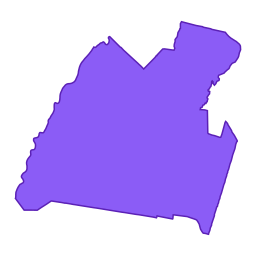 the district of La Gomera, Escuintla, Guatemala
{"feature_id": "79465075B56387033973668", "entity_name": "La Gomera", "entity_type": "district", "adm_level": 2, "iso_a3": "GTM", "parent_name": "Guatemala", "parent_adm1": "Escuintla", "projection": "equal_earth", "projection_center": [-91.137, 14.084], "detail": "fine", "context": "isolated", "style": "filled", "palette": "violet", "viewbox_px": 256, "rotation_deg": 0, "n_neighbors": 0, "source": "geoboundaries", "source_scale": "gbopen_adm2", "svg_char_len": 5378}
<svg xmlns="http://www.w3.org/2000/svg" viewBox="0 0 256 256"><path d="M227.1,34.6L225.3,32.3L211.6,29.3L210.9,28.8L203.3,27.2L202.7,26.7L196.1,25.5L181.5,21.7L180.4,23.7L180.4,28.4L179.9,28.7L179.5,30.0L178.0,32.5L177.3,36.6L175.1,39.5L175.1,41.6L174.3,44.2L174.1,46.3L174.8,48.3L174.0,50.2L164.6,48.9L162.7,49.0L156.9,55.2L156.9,55.6L156.1,55.9L155.1,57.4L143.7,69.0L140.8,66.0L139.8,65.1L139.3,64.7L138.0,63.4L123.7,50.3L121.1,47.5L120.2,47.1L109.7,36.6L109.0,36.8L108.5,37.3L108.4,38.1L108.7,38.6L109.0,39.3L109.2,40.3L109.2,40.8L109.0,41.7L108.9,42.3L108.8,42.7L108.6,43.1L108.3,43.5L107.9,43.9L107.4,44.5L107.0,44.6L106.3,44.6L105.8,44.4L105.4,44.1L105.0,43.4L104.4,42.6L104.1,42.3L103.4,41.9L103.0,42.0L102.7,42.2L102.0,42.7L101.6,42.8L101.1,42.9L100.5,43.1L100.1,43.4L99.7,43.8L99.1,44.4L98.6,44.7L98.2,45.0L97.6,45.4L97.1,45.8L96.8,46.2L96.5,46.5L95.9,47.1L95.3,47.4L94.8,47.4L94.3,47.3L93.9,47.0L93.4,47.8L92.6,48.9L91.6,50.6L88.9,54.1L86.7,56.6L84.8,58.6L83.9,59.8L82.8,61.2L81.7,62.5L80.7,64.2L80.1,65.5L79.5,67.1L79.0,69.1L78.5,71.1L78.3,73.1L77.9,74.7L77.6,75.5L76.2,78.6L75.6,80.0L75.1,80.8L74.4,81.6L73.8,82.1L72.8,82.7L71.5,83.3L70.5,83.5L69.3,83.7L68.5,83.7L67.3,83.9L66.6,84.2L66.0,84.6L65.4,85.0L64.5,86.1L63.3,87.5L62.6,88.5L61.9,90.1L61.7,90.6L61.3,91.4L60.8,92.6L60.4,93.7L60.2,94.7L60.0,96.1L60.0,97.2L59.9,98.7L59.8,99.7L59.7,100.2L59.5,101.1L59.3,101.8L59.0,102.4L58.7,102.8L58.2,103.2L57.5,103.4L57.1,103.4L56.7,103.3L56.0,102.9L55.5,102.7L55.1,102.8L54.7,103.1L54.3,104.1L54.3,104.6L54.2,105.7L54.2,106.8L54.2,107.9L54.3,109.0L54.2,109.9L53.9,110.8L53.2,112.6L52.5,113.8L51.7,115.0L50.9,116.2L50.1,117.9L49.4,118.8L48.7,119.4L48.5,119.9L48.3,120.3L48.2,120.9L48.2,121.4L48.3,122.1L48.3,122.6L47.9,123.9L47.2,125.4L46.6,126.8L46.3,127.6L45.9,128.5L45.5,129.3L44.7,130.5L44.3,131.4L43.9,132.1L43.5,132.5L43.1,132.8L42.6,132.8L42.1,132.8L41.6,132.7L41.0,132.6L40.3,132.5L39.8,132.6L39.4,133.2L39.2,133.6L39.1,134.3L38.9,135.3L38.6,136.2L38.3,136.7L37.9,137.1L37.5,137.4L37.1,137.5L36.7,137.6L36.0,137.8L35.4,137.9L34.9,138.0L34.2,138.2L33.7,138.7L33.6,139.6L33.6,140.4L33.7,140.9L34.2,141.7L34.6,142.4L34.9,143.0L35.2,143.5L35.4,144.1L35.5,145.3L35.5,146.0L35.4,146.9L35.2,148.0L34.9,148.7L34.6,149.1L34.2,149.5L33.5,149.7L32.7,149.8L32.0,149.9L31.5,150.1L31.1,150.4L30.8,150.8L30.6,151.7L30.6,152.6L30.7,153.4L30.8,154.1L30.8,154.6L30.7,155.1L30.4,155.8L30.0,156.3L29.6,156.8L29.1,157.3L28.5,158.1L28.0,158.8L27.6,159.4L27.3,160.1L27.0,160.7L26.8,161.6L26.6,162.2L26.6,162.7L26.6,163.2L26.6,163.7L26.7,164.5L26.8,165.0L27.0,165.7L27.0,166.3L27.0,167.1L27.0,168.0L27.0,168.6L26.8,169.6L26.6,170.2L26.4,170.6L26.1,171.0L25.6,171.6L25.0,172.1L24.5,172.4L24.1,172.7L23.3,173.2L22.8,173.8L22.0,174.9L21.5,175.9L21.4,176.8L21.6,177.4L21.9,177.9L22.2,178.2L22.7,178.9L23.0,179.4L23.2,180.0L23.5,180.5L23.6,181.1L23.6,181.7L23.3,182.4L22.9,182.9L22.5,183.1L22.0,183.3L21.4,183.7L20.9,184.0L20.2,184.3L19.7,184.8L19.0,185.8L18.4,186.7L17.6,188.2L17.0,189.5L16.6,190.6L16.3,191.3L16.1,191.9L15.9,192.8L15.9,193.4L15.8,194.2L15.8,195.4L15.8,196.1L15.7,197.0L15.7,197.5L15.6,198.0L15.4,198.4L24.1,210.1L30.8,210.1L37.3,210.2L41.1,207.6L46.6,204.1L51.2,201.0L52.2,201.1L61.5,202.5L65.1,203.2L65.6,203.1L70.5,203.9L73.0,204.4L75.2,204.7L80.7,205.6L93.9,207.7L96.9,208.1L109.7,210.2L122.0,212.2L125.0,212.6L136.1,214.4L138.7,214.7L153.3,217.1L156.5,217.8L156.6,217.6L157.1,215.9L158.7,216.3L161.7,216.9L172.6,219.0L172.8,218.8L173.0,217.0L173.2,214.9L174.0,214.9L187.3,216.6L190.4,217.7L194.0,218.9L195.9,219.6L196.8,220.2L197.6,221.4L197.9,221.6L198.0,222.1L198.4,222.7L199.2,224.1L200.0,227.2L200.3,228.3L200.6,229.3L201.5,230.8L202.9,232.9L203.1,233.0L203.5,233.2L205.1,233.4L206.3,233.7L207.0,233.9L208.4,234.3L208.5,234.3L208.7,233.3L209.9,230.2L210.3,228.0L211.6,225.1L211.6,224.0L214.4,215.7L214.4,214.4L215.9,209.9L216.7,206.9L217.4,206.5L217.8,204.3L218.5,202.9L218.9,200.6L219.8,198.6L220.2,196.3L221.4,193.2L223.8,184.7L224.8,182.3L225.5,178.9L226.7,175.7L226.7,174.7L227.7,172.3L227.7,171.3L228.6,169.3L229.9,164.2L231.3,160.5L232.7,154.9L234.9,148.7L235.8,144.2L236.6,142.0L237.2,141.4L237.2,140.6L234.3,135.3L232.0,132.1L231.5,130.5L229.5,127.2L228.0,124.8L227.5,123.4L225.7,121.4L225.1,122.4L221.9,134.2L220.7,137.3L219.9,137.4L214.5,135.6L211.8,135.0L208.4,133.7L207.8,133.0L207.4,110.6L204.8,109.9L200.2,109.6L200.4,109.1L200.4,108.6L200.5,107.9L201.1,107.5L201.6,107.5L202.0,107.4L202.3,106.8L202.6,106.1L202.7,105.4L203.1,105.0L203.7,105.0L204.1,104.8L204.5,104.3L204.8,103.7L205.0,103.2L205.5,103.1L205.9,103.4L206.2,103.0L206.4,102.2L206.9,102.0L207.2,101.6L207.3,101.1L207.4,100.2L207.7,99.6L207.9,98.9L207.6,98.4L207.1,98.0L207.1,97.1L207.6,96.4L208.1,95.7L208.5,95.0L208.8,94.6L209.5,93.9L209.6,93.2L209.6,92.4L209.8,91.7L209.5,91.2L208.9,91.3L208.4,91.2L208.1,90.6L208.1,89.9L208.6,89.4L209.0,89.2L209.3,88.7L209.8,87.9L210.0,87.4L210.3,87.0L210.7,86.7L211.0,86.2L211.1,85.4L211.6,83.4L211.6,81.6L212.2,80.9L213.1,81.9L213.0,83.4L214.4,85.2L215.8,83.7L216.9,81.3L218.9,80.5L219.2,79.9L219.3,78.8L218.3,77.6L218.3,76.1L218.7,75.3L224.1,73.1L224.8,72.2L227.5,69.7L228.8,68.8L229.3,68.0L229.8,66.7L230.2,65.8L232.2,63.3L235.2,62.0L237.9,57.9L238.6,56.4L239.4,52.7L240.6,49.8L240.4,46.0L239.5,44.3L236.3,41.5L235.6,41.1L232.1,38.9L231.7,38.6L231.0,38.2L230.5,37.8L228.9,36.5L227.1,34.6Z" fill="#8b5cf6" stroke="#5b21b6" stroke-width="1.5"/></svg>